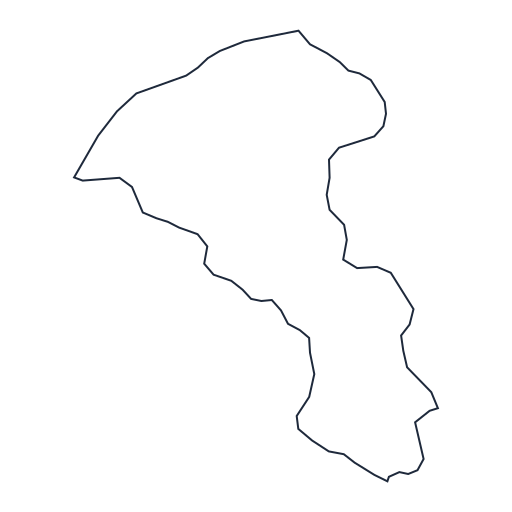 Taoyuan, Natural Earth projection
{"feature_id": "TWN-1168", "entity_name": "Taoyuan", "entity_type": "County", "adm_level": 1, "iso_a3": "TWN", "parent_name": "Taiwan", "parent_adm1": "", "projection": "natural_earth1", "projection_center": [121.286, 24.86], "detail": "fine", "context": "isolated", "style": "outline", "palette": "slate", "viewbox_px": 512, "rotation_deg": 0, "n_neighbors": 0, "source": "natural_earth", "source_scale": "10m", "svg_char_len": 1034}
<svg xmlns="http://www.w3.org/2000/svg" viewBox="0 0 512 512"><path d="M74.1,177.4L98.2,135.6L117.0,111.3L136.4,93.4L186.2,75.6L197.9,67.6L207.9,58.1L220.0,50.9L244.2,41.4L298.5,30.7L310.0,44.3L326.9,53.2L339.8,62.1L348.4,70.6L359.4,73.4L370.8,80.0L384.7,102.0L386.0,113.8L383.4,126.2L374.3,136.4L339.0,147.7L329.0,159.6L329.6,177.8L326.7,194.8L329.6,209.8L344.1,224.8L346.8,239.9L343.2,259.6L357.1,268.1L377.1,266.9L390.8,272.8L413.5,309.1L409.6,324.5L401.1,335.5L403.3,350.8L407.1,367.3L431.3,392.2L437.9,408.2L429.6,410.8L415.1,422.3L423.6,459.0L417.5,470.2L408.2,474.0L399.4,472.1L388.9,476.8L387.4,481.3L374.4,474.9L354.7,462.7L343.8,454.2L328.8,451.4L312.1,440.5L298.3,428.9L296.7,416.0L309.2,396.9L314.3,374.1L310.0,352.7L309.1,337.9L299.8,330.1L288.0,323.8L281.0,310.4L271.8,300.0L261.4,301.0L251.1,298.9L242.6,289.7L231.3,280.8L213.6,274.7L204.2,263.7L207.3,246.4L197.6,234.2L179.1,227.6L168.0,221.9L156.3,218.2L142.8,212.5L132.0,187.0L119.5,177.8L82.7,180.6L74.1,177.4Z" fill="none" stroke="#1e293b" stroke-width="2"/></svg>